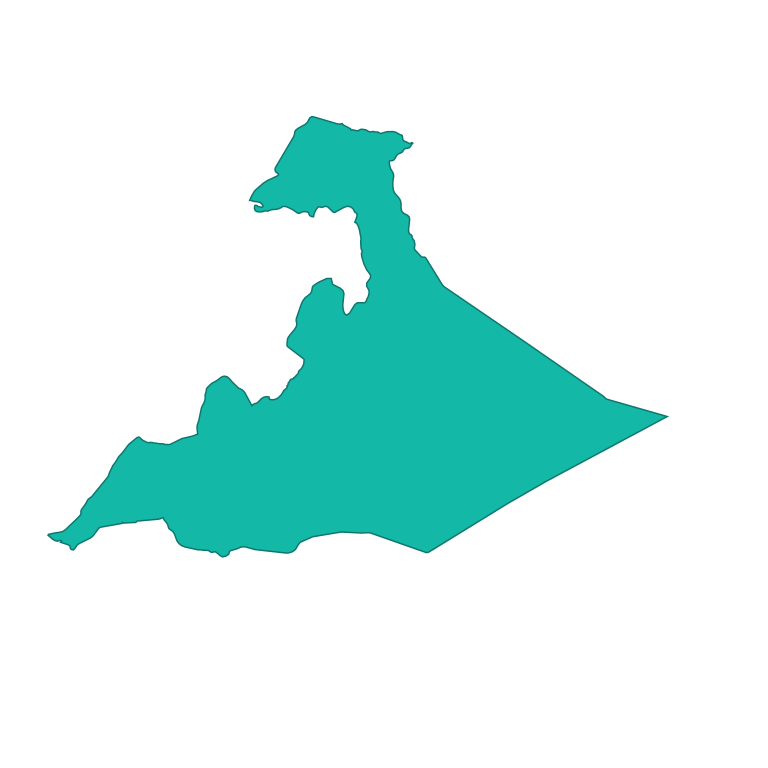 the border of Somali, rotated 16°
{"feature_id": "ETH-3134", "entity_name": "Somali", "entity_type": "Administrative State", "adm_level": 1, "iso_a3": "ETH", "parent_name": "Ethiopia", "parent_adm1": "", "projection": "mercator", "projection_center": [42.488, 7.246], "detail": "fine", "context": "isolated", "style": "filled", "palette": "teal", "viewbox_px": 768, "rotation_deg": 16, "n_neighbors": 0, "source": "natural_earth", "source_scale": "10m", "svg_char_len": 6170}
<svg xmlns="http://www.w3.org/2000/svg" viewBox="0 0 768 768"><g transform="rotate(16 384 384)"><path d="M665.2,337.2L566.8,432.8L535.9,464.7L478.0,528.2L473.0,533.6L471.2,534.4L411.5,530.9L409.1,531.5L403.6,533.4L383.6,538.1L357.7,550.4L347.7,558.7L347.2,559.3L346.7,560.0L345.9,562.1L344.8,566.5L343.8,568.6L341.9,570.7L339.5,572.3L336.9,573.4L305.7,578.7L295.5,578.8L293.4,579.3L291.2,580.4L287.6,583.3L283.2,586.0L282.0,587.0L281.6,588.2L281.7,590.2L281.3,591.0L280.5,591.7L279.6,592.9L276.5,594.7L273.7,594.1L270.9,592.7L267.9,591.7L265.2,593.2L264.3,593.4L263.4,593.2L261.7,592.6L260.7,592.5L255.7,593.7L254.0,593.8L250.8,594.7L237.2,595.5L233.9,595.1L230.9,593.9L228.1,591.7L224.0,586.0L222.3,584.5L221.3,583.8L218.3,582.8L217.1,582.2L216.5,581.6L215.4,579.6L213.9,577.8L210.1,575.2L208.7,573.4L204.7,576.0L184.6,583.8L184.2,584.1L183.8,585.1L183.5,585.5L172.1,589.4L171.9,589.4L171.5,589.3L170.9,589.2L170.9,589.5L170.9,589.9L170.6,590.2L150.8,599.9L149.5,601.5L146.5,609.4L145.4,611.4L144.2,613.0L135.1,621.3L133.5,623.3L132.1,627.5L131.0,629.2L129.0,629.3L128.0,628.6L127.5,627.8L127.2,626.9L126.6,626.2L124.7,625.6L116.8,625.3L117.4,624.2L117.1,623.5L116.2,623.5L113.4,625.1L111.0,625.2L108.5,624.6L102.8,622.0L103.5,621.4L103.1,620.9L108.3,618.1L113.6,615.7L116.1,614.1L118.2,611.5L126.8,596.7L128.6,592.8L127.8,590.1L127.7,588.9L128.0,587.6L130.0,582.2L131.3,576.6L131.8,575.8L134.1,572.8L144.0,549.8L144.4,548.1L144.6,544.4L145.8,537.4L147.7,532.2L149.0,527.1L151.4,522.4L155.3,512.4L161.3,503.7L162.6,502.7L163.6,502.6L165.4,503.6L167.7,504.6L172.2,505.5L173.6,505.3L176.8,504.2L177.3,504.1L178.9,504.2L180.9,503.7L183.5,503.5L188.2,502.4L191.2,502.4L191.7,502.2L192.2,501.9L193.8,501.6L194.9,501.1L204.9,492.1L214.1,487.0L218.7,483.6L216.5,478.1L216.0,476.4L215.9,474.6L216.0,469.5L215.1,457.4L215.6,454.1L216.0,452.6L216.2,450.9L216.3,449.3L216.2,447.7L215.9,446.3L215.4,444.9L215.0,443.4L215.2,440.8L214.7,437.7L215.1,436.3L217.6,431.8L218.6,430.5L222.3,426.9L225.4,422.7L226.7,421.4L228.3,420.5L231.3,420.3L234.4,421.8L237.4,423.8L245.2,428.0L248.4,428.5L249.9,429.0L251.4,429.8L252.7,430.8L263.0,441.3L263.7,439.8L264.7,438.9L267.1,437.3L268.0,436.1L270.2,431.9L271.9,430.0L274.7,428.4L277.1,428.2L278.1,430.3L279.6,430.2L281.1,429.9L282.6,429.3L283.9,428.5L284.4,428.2L286.0,426.5L286.5,425.8L286.8,425.3L287.0,424.8L287.8,423.5L288.4,422.3L289.5,417.9L291.3,415.2L291.9,413.8L291.2,412.6L291.8,411.8L291.9,411.2L291.7,409.7L291.8,409.1L292.4,407.9L292.5,407.6L292.8,405.9L293.4,405.0L295.6,403.9L295.4,403.1L295.7,402.6L296.2,402.2L296.4,401.9L296.5,401.9L297.3,399.9L298.1,398.6L298.5,397.9L298.6,397.1L298.5,395.7L298.6,395.0L298.8,394.5L300.1,392.5L301.0,389.6L301.3,386.6L300.5,382.6L300.0,382.1L280.7,374.5L280.1,373.5L279.6,371.6L279.0,368.2L278.9,366.8L279.1,365.5L280.0,362.9L282.9,356.4L283.9,352.8L283.6,350.0L282.5,348.1L281.9,346.6L281.7,345.0L282.5,329.6L283.2,326.0L284.4,322.9L288.0,317.9L288.7,316.2L288.9,314.5L288.5,310.8L288.9,309.2L291.4,306.1L294.0,303.4L300.0,298.3L304.2,297.1L306.7,301.7L307.6,302.5L315.2,303.9L318.8,305.5L320.6,308.2L322.5,318.9L323.6,322.2L325.1,325.2L327.0,327.5L329.2,328.0L331.4,325.3L334.0,316.0L335.6,313.6L337.0,312.9L342.6,311.4L343.6,310.6L344.0,309.1L344.1,307.4L344.7,304.3L344.7,302.5L344.6,300.8L344.2,299.2L343.5,297.9L340.3,294.6L339.6,291.7L341.7,285.8L341.1,283.2L340.0,282.1L337.2,280.0L335.9,278.9L331.5,274.0L327.6,267.8L326.5,265.3L326.4,264.2L326.5,262.4L326.2,261.9L325.1,260.8L324.4,259.5L322.3,253.4L322.1,252.4L322.0,251.0L321.8,250.4L317.7,242.3L315.7,239.3L313.4,237.0L311.4,236.6L311.8,230.3L311.0,227.6L308.5,226.8L306.0,224.1L303.0,222.9L299.7,223.3L296.8,225.3L289.4,232.6L288.3,232.9L286.6,232.2L281.8,229.6L280.1,229.1L278.4,229.5L275.4,231.5L274.1,231.4L271.9,231.9L270.5,235.5L269.9,239.8L270.2,242.6L268.7,243.0L267.0,242.8L265.7,242.2L264.8,240.9L264.0,240.0L262.5,239.8L260.9,240.0L259.5,240.3L258.2,241.0L256.0,242.9L254.8,243.5L253.5,243.4L248.6,241.7L243.4,240.7L240.7,240.5L238.2,241.1L237.5,241.6L235.9,243.4L234.5,244.5L233.1,245.3L231.7,246.0L228.6,247.1L227.3,247.8L226.1,248.7L224.9,249.7L224.3,250.0L223.6,250.1L222.9,250.1L222.2,250.3L221.6,250.6L219.6,251.9L216.8,252.9L215.2,253.2L213.9,253.3L212.5,252.8L211.6,251.9L211.0,250.6L210.6,249.0L210.8,247.7L212.0,247.5L214.8,248.1L216.4,248.0L218.0,247.6L218.8,246.8L218.2,245.5L215.2,243.7L212.3,243.7L209.1,244.3L205.6,244.3L204.9,244.2L204.3,244.5L204.9,240.0L206.0,235.4L207.0,233.0L212.6,224.3L216.1,220.3L224.1,213.4L225.0,212.0L224.4,211.1L221.6,210.0L220.6,209.0L220.0,207.4L220.0,205.8L229.1,170.8L229.1,169.0L228.8,166.4L228.9,165.1L229.5,163.8L231.6,161.2L236.5,156.4L238.3,153.4L238.7,151.7L238.9,150.0L239.5,148.4L240.7,147.0L242.1,146.6L267.3,146.8L269.2,146.6L270.4,146.1L271.4,145.5L272.1,145.2L272.6,145.8L274.2,146.4L281.6,147.9L281.8,148.2L282.0,148.6L282.4,148.9L282.9,149.0L283.3,148.8L283.6,148.4L284.0,148.3L287.6,148.1L289.3,147.7L291.3,145.7L293.0,145.1L296.5,144.7L299.7,145.5L300.9,145.5L301.8,145.3L304.0,144.2L304.6,144.2L305.7,144.2L306.2,144.2L308.3,143.5L309.7,143.7L310.7,144.0L311.7,144.1L313.0,143.4L317.2,140.7L322.9,138.9L325.8,138.7L330.3,139.8L331.8,139.8L333.1,140.3L334.7,143.8L335.7,144.7L337.1,145.0L339.8,145.3L341.3,145.7L342.1,145.9L343.1,145.5L343.7,144.8L344.3,144.2L345.3,144.6L344.6,145.9L343.9,148.6L343.4,149.6L342.4,150.5L339.7,151.7L338.7,152.7L338.2,154.0L338.0,155.0L337.6,156.0L336.6,157.1L334.3,158.9L333.6,159.9L333.0,161.5L332.4,164.1L331.9,165.4L331.2,166.5L329.9,167.2L328.7,167.6L327.8,168.2L327.9,169.5L329.2,172.4L330.9,175.1L334.4,178.5L335.3,179.8L336.0,181.5L336.8,187.4L338.0,191.5L339.8,195.4L341.5,197.4L347.5,201.4L349.0,202.9L350.2,204.8L351.0,206.9L351.5,209.1L352.7,212.0L354.4,213.8L356.8,214.7L359.6,215.2L362.0,216.3L363.2,218.4L365.0,228.6L365.9,231.1L367.3,232.7L369.0,233.1L369.5,233.4L370.1,234.0L370.7,235.4L371.2,236.1L371.8,236.7L373.0,237.5L373.6,238.1L375.1,241.0L375.4,242.1L375.6,244.3L375.9,245.5L376.7,246.5L384.8,251.4L386.0,251.5L387.6,251.0L388.6,250.9L389.5,251.4L412.5,272.4L414.9,273.9L509.3,305.2L525.2,310.6L598.2,335.3L601.9,337.2L665.2,337.2Z" fill="#14b8a6" stroke="#0f766e" stroke-width="1.5"/></g></svg>